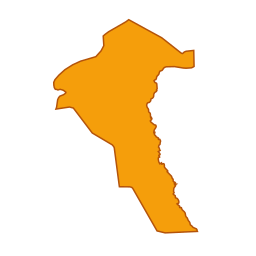 the border of Unity, rotated 356°
{"feature_id": "SDS-871", "entity_name": "Unity", "entity_type": "State", "adm_level": 1, "iso_a3": "SSD", "parent_name": "South Sudan", "parent_adm1": "", "projection": "mercator", "projection_center": [30.188, 8.676], "detail": "fine", "context": "isolated", "style": "filled", "palette": "amber", "viewbox_px": 256, "rotation_deg": 356, "n_neighbors": 0, "source": "natural_earth", "source_scale": "10m", "svg_char_len": 3446}
<svg xmlns="http://www.w3.org/2000/svg" viewBox="0 0 256 256"><g transform="rotate(356 128 128)"><path d="M187.6,57.5L188.5,56.9L189.3,56.2L190.6,55.7L191.4,55.5L199.0,55.2L198.2,71.2L197.3,71.7L196.4,72.1L195.4,72.4L190.1,72.4L187.2,72.0L178.7,70.0L170.5,69.6L169.2,69.9L168.1,70.5L167.4,71.2L166.8,72.1L166.0,72.9L165.1,73.2L163.9,73.5L163.3,74.3L162.5,76.5L161.8,77.3L160.9,78.0L160.2,78.9L159.8,80.4L159.2,81.6L157.9,82.0L157.2,82.7L158.0,84.4L158.7,84.9L159.3,85.1L159.7,85.5L159.8,86.5L159.8,90.9L159.5,91.4L159.1,91.8L159.0,92.2L159.4,92.7L158.7,93.6L157.7,94.1L156.8,94.8L156.1,96.0L155.8,98.2L155.5,98.9L154.8,99.7L154.3,100.1L153.3,100.4L153.0,100.6L152.8,101.0L152.6,102.1L152.5,102.5L152.4,102.6L151.2,103.9L150.8,104.0L149.7,104.2L149.3,104.3L148.8,104.9L148.4,105.8L148.2,106.9L148.4,108.1L148.7,108.9L149.5,110.3L149.8,111.3L149.8,111.8L149.7,112.7L149.8,113.2L150.1,113.7L150.9,114.5L151.2,115.1L151.3,116.2L151.2,118.6L151.6,119.7L152.1,119.2L152.5,120.2L152.2,121.1L151.5,121.8L150.7,122.5L151.1,123.4L151.7,124.1L154.4,126.6L154.8,126.8L155.3,126.9L155.8,127.0L156.1,127.6L156.2,128.6L155.7,129.6L154.4,131.3L154.0,132.0L153.7,132.8L153.5,133.7L153.4,134.5L153.9,134.5L153.9,134.3L153.9,133.8L153.9,133.6L154.5,134.0L154.5,134.6L154.1,135.3L153.9,136.1L154.1,136.7L155.1,137.8L155.3,138.5L155.6,138.8L157.6,140.1L157.6,140.4L157.5,141.2L157.6,141.5L157.8,141.6L158.7,141.4L158.9,141.5L159.5,142.8L159.5,143.8L159.1,144.7L158.8,146.5L158.4,146.9L157.9,147.1L157.6,147.5L157.1,149.3L157.7,150.0L158.1,151.9L158.5,152.6L157.1,153.4L156.6,153.6L158.0,155.8L158.1,156.8L156.9,157.3L156.8,157.6L157.3,158.4L157.5,159.2L156.4,159.5L156.0,161.0L156.3,163.8L157.2,165.9L158.9,165.1L158.9,166.3L159.5,166.4L160.4,166.0L161.2,166.1L161.6,166.8L161.7,167.8L161.6,168.8L161.7,169.7L162.6,171.0L163.9,172.5L164.7,173.7L164.0,174.4L168.0,179.1L168.7,181.5L169.3,182.0L169.4,182.4L169.4,184.3L169.9,184.9L170.9,185.3L171.3,185.8L170.4,186.4L170.4,186.9L170.9,186.9L172.2,187.3L171.8,187.5L171.6,187.6L171.3,187.7L170.8,187.7L170.8,188.2L171.4,188.7L171.2,189.2L170.8,189.6L170.4,190.1L170.1,190.6L169.8,190.9L169.5,191.3L169.0,194.4L169.5,195.6L169.2,196.1L168.7,196.5L168.5,197.0L168.9,197.6L170.0,198.5L170.4,198.9L170.5,199.5L170.4,200.3L170.5,200.9L172.0,201.6L172.8,202.6L173.4,203.9L173.6,205.1L173.5,206.0L173.3,206.5L172.8,206.7L172.0,206.8L171.6,207.1L172.1,207.7L172.8,208.4L173.1,208.6L173.3,208.9L174.0,209.5L174.1,209.8L174.0,210.6L174.0,210.9L174.6,211.1L175.2,211.0L175.7,211.2L175.9,212.1L176.3,213.3L178.4,215.6L179.1,216.9L179.4,219.7L179.8,220.7L180.9,222.0L181.4,223.8L182.1,225.1L182.7,225.9L183.1,226.8L183.4,228.9L183.7,229.2L184.6,229.9L186.0,231.7L189.2,233.4L189.7,234.2L189.8,235.5L190.0,236.0L157.7,235.2L149.8,232.7L128.5,188.5L127.7,187.6L126.6,187.1L125.5,186.8L115.3,186.0L112.9,146.6L112.2,145.2L111.1,143.7L92.0,130.5L74.9,104.3L71.1,103.0L57.4,104.1L58.2,102.3L59.8,94.9L60.9,92.9L62.2,91.5L65.4,90.5L66.9,89.8L68.3,88.7L68.5,88.1L68.5,87.9L67.9,87.4L67.0,86.6L66.5,86.1L65.3,85.5L64.6,85.2L64.0,85.1L63.4,84.8L62.9,84.7L62.4,84.8L61.9,84.9L61.3,85.1L60.9,85.1L60.5,85.1L60.1,84.8L59.5,84.5L59.0,84.5L58.2,84.3L57.3,82.6L57.0,80.2L57.1,77.3L58.5,74.7L62.8,70.4L67.8,66.5L69.2,65.4L77.4,61.0L85.4,58.0L100.9,54.6L106.5,49.2L109.6,44.2L109.7,34.5L111.8,32.9L115.4,30.6L133.3,21.9L136.3,20.0L152.1,30.2L167.9,40.3L185.6,56.4L186.6,57.2L187.6,57.5Z" fill="#f59e0b" stroke="#b45309" stroke-width="1.5"/></g></svg>